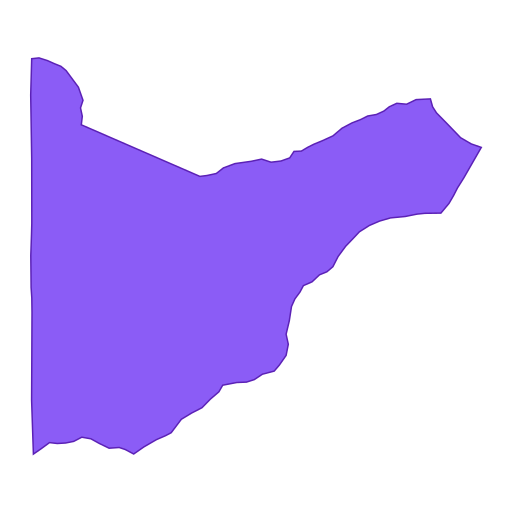 Floraí, Paraná, Brazil
{"feature_id": "56859067B79639289335634", "entity_name": "Floraí", "entity_type": "district", "adm_level": 2, "iso_a3": "BRA", "parent_name": "Brazil", "parent_adm1": "Paraná", "projection": "albers", "projection_center": [-52.327, -23.332], "detail": "fine", "context": "isolated", "style": "filled", "palette": "violet", "viewbox_px": 512, "rotation_deg": 0, "n_neighbors": 0, "source": "geoboundaries", "source_scale": "gbopen_adm2", "svg_char_len": 1435}
<svg xmlns="http://www.w3.org/2000/svg" viewBox="0 0 512 512"><path d="M430.4,98.9L416.1,99.6L406.6,104.2L396.8,103.3L389.4,106.7L383.8,111.1L376.4,114.5L367.7,116.0L360.3,119.7L352.2,122.8L342.0,128.2L332.9,135.9L322.4,140.7L313.9,144.2L307.9,147.2L301.3,151.1L294.0,151.4L289.7,157.9L281.0,161.0L271.1,162.2L261.6,159.1L251.2,161.3L242.7,162.5L234.9,163.6L223.4,167.9L216.3,173.5L207.0,175.5L199.9,176.4L81.3,124.8L82.3,116.3L80.5,107.9L83.0,100.3L78.4,87.2L66.1,70.6L60.9,66.3L54.2,63.6L47.5,60.6L39.0,57.9L31.7,58.7L30.7,95.0L31.7,158.7L31.8,223.3L31.5,234.5L30.8,255.5L31.1,287.5L31.8,297.9L32.0,312.3L31.8,359.7L31.6,400.2L33.4,454.1L41.2,448.7L49.5,442.6L57.3,443.5L65.6,443.0L73.7,441.4L81.8,437.2L90.9,438.8L99.4,443.5L109.1,448.2L119.2,447.5L125.2,449.5L133.7,454.0L143.9,446.9L156.5,439.6L165.5,435.7L171.2,432.7L181.3,419.3L191.5,413.1L202.0,407.7L210.4,399.1L218.9,391.8L222.7,385.2L236.8,382.5L246.5,382.1L254.3,379.6L262.4,374.2L274.2,371.1L279.4,365.0L286.1,355.4L288.3,344.3L286.1,334.2L289.3,320.8L291.5,306.5L294.9,298.9L300.0,292.0L303.4,285.6L312.1,281.8L319.5,274.8L326.9,271.8L332.9,266.7L338.1,256.5L345.7,246.2L353.1,238.5L359.4,231.8L369.3,225.5L379.5,221.1L390.5,217.9L405.2,216.5L417.1,214.1L425.0,213.3L440.9,213.1L449.0,203.4L453.6,195.5L457.5,187.9L463.8,177.9L481.3,147.4L471.2,143.9L460.6,137.7L447.4,124.0L436.5,112.9L432.6,106.8L430.4,98.9Z" fill="#8b5cf6" stroke="#5b21b6" stroke-width="1.5"/></svg>